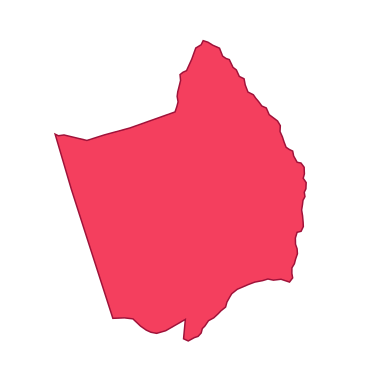 São João do Caiuá, Paraná, Brazil, rotated 342°
{"feature_id": "56859067B54492092524937", "entity_name": "São João do Caiuá", "entity_type": "district", "adm_level": 2, "iso_a3": "BRA", "parent_name": "Brazil", "parent_adm1": "Paraná", "projection": "natural_earth1", "projection_center": [-52.296, -22.832], "detail": "fine", "context": "isolated", "style": "filled", "palette": "rose", "viewbox_px": 384, "rotation_deg": 342, "n_neighbors": 0, "source": "geoboundaries", "source_scale": "gbopen_adm2", "svg_char_len": 1447}
<svg xmlns="http://www.w3.org/2000/svg" viewBox="0 0 384 384"><g transform="rotate(342 192 192)"><path d="M256.9,307.8L261.2,304.8L261.8,300.3L263.6,295.0L267.2,291.9L269.8,287.8L273.2,283.3L274.4,278.5L274.3,273.7L276.1,267.7L279.5,262.8L283.6,263.1L287.2,259.3L288.3,255.3L289.8,248.8L290.7,243.0L293.3,237.9L295.0,234.2L298.0,231.3L298.7,226.9L301.3,224.2L303.5,218.3L302.0,213.3L304.5,209.5L306.3,203.1L304.6,198.1L301.2,196.2L299.8,189.2L300.4,184.2L297.6,181.5L295.3,178.5L295.0,172.9L295.0,167.5L294.4,161.7L296.5,156.2L295.3,150.9L289.3,142.3L288.6,135.0L285.0,131.8L283.2,126.4L281.6,122.5L280.4,118.5L276.1,114.2L275.7,106.6L276.5,100.4L272.7,96.7L271.9,89.6L269.5,86.1L268.4,77.6L265.6,75.5L263.1,72.2L262.6,63.7L257.1,58.8L253.4,54.4L249.4,51.5L246.2,54.8L240.1,56.2L237.2,59.9L232.8,65.6L224.3,74.9L220.5,75.3L216.9,76.6L215.6,82.4L211.7,88.7L209.4,92.3L207.4,96.5L206.6,102.0L203.9,106.2L200.6,110.6L152.7,111.9L126.1,110.6L108.0,110.5L87.9,98.2L82.3,97.2L79.7,94.7L78.1,151.8L77.9,208.6L77.7,287.7L88.8,290.8L96.6,294.4L101.6,303.6L105.8,309.2L109.6,312.7L114.7,315.5L124.1,315.8L146.3,311.1L138.6,329.0L142.4,332.5L149.3,331.2L153.2,331.2L157.2,328.9L159.6,325.1L162.9,323.4L167.9,319.5L173.8,318.4L179.4,315.8L182.7,314.0L188.4,311.8L191.2,307.5L195.6,303.4L198.4,301.0L205.0,298.5L217.0,297.4L223.9,297.1L231.8,298.1L237.3,298.2L242.2,301.0L249.7,302.5L256.9,307.8Z" fill="#f43f5e" stroke="#9f1239" stroke-width="1.5"/></g></svg>